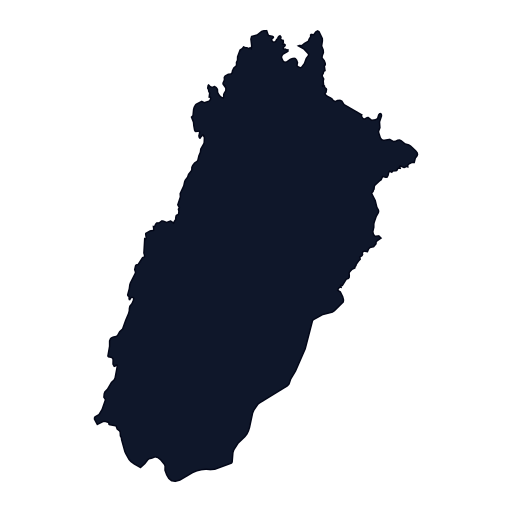 Punjab, Equal Earth projection
{"feature_id": "PAK-1113", "entity_name": "Punjab", "entity_type": "Province", "adm_level": 1, "iso_a3": "PAK", "parent_name": "Pakistan", "parent_adm1": "", "projection": "equal_earth", "projection_center": [72.142, 30.862], "detail": "fine", "context": "isolated", "style": "filled", "palette": "ink", "viewbox_px": 512, "rotation_deg": 0, "n_neighbors": 0, "source": "natural_earth", "source_scale": "10m", "svg_char_len": 5965}
<svg xmlns="http://www.w3.org/2000/svg" viewBox="0 0 512 512"><path d="M410.6,146.1L415.7,150.9L417.2,152.9L417.5,154.5L417.0,155.9L415.3,158.1L414.2,162.5L411.8,162.5L408.9,163.9L407.7,165.2L407.8,166.9L405.9,166.4L404.9,167.3L404.0,167.5L400.7,166.1L399.7,166.3L400.2,168.3L398.3,168.2L397.8,168.5L396.9,170.3L396.2,170.7L392.7,171.0L391.8,172.2L389.5,171.2L388.6,172.8L388.1,175.2L387.1,177.1L386.0,177.3L382.6,176.5L381.1,179.8L379.6,180.8L374.8,185.3L374.3,186.4L374.0,189.2L373.4,190.1L373.0,191.6L372.3,192.1L371.6,193.5L375.2,200.5L376.8,207.2L378.4,210.1L378.6,211.4L378.3,212.7L376.2,216.4L374.1,222.5L373.8,224.1L373.8,227.3L372.8,231.6L373.3,234.0L374.5,235.9L375.4,236.3L378.8,235.9L381.0,238.1L376.8,241.0L376.0,242.3L376.0,243.8L373.6,246.7L370.4,247.4L369.5,247.9L368.6,248.9L367.4,251.7L364.2,251.1L363.0,251.7L362.2,253.0L362.6,254.3L362.0,255.6L359.7,257.2L360.2,259.2L358.6,260.9L356.2,264.3L355.9,265.7L355.1,266.4L354.8,268.0L352.0,269.3L349.6,271.9L349.1,273.2L349.3,275.8L349.1,277.5L348.4,278.4L346.3,279.1L342.3,285.5L340.7,285.3L341.1,287.3L340.1,287.1L339.0,287.8L338.2,288.9L337.7,290.3L340.3,291.9L342.7,296.8L343.5,300.0L343.2,302.0L334.4,310.7L332.3,312.1L322.5,314.6L313.3,319.7L312.5,320.7L305.2,348.8L295.5,371.0L290.7,379.0L289.0,384.0L287.4,385.8L259.4,403.0L257.9,404.2L253.9,410.0L252.6,413.0L249.5,427.5L248.4,430.9L246.9,434.0L244.8,436.7L238.1,443.1L233.8,449.8L232.9,452.6L232.2,461.5L231.9,462.6L231.2,463.2L214.9,469.2L210.4,469.6L206.1,469.2L201.4,469.7L196.8,470.8L192.7,472.5L179.8,480.1L175.3,481.3L171.5,480.7L168.8,478.4L166.7,474.8L165.0,470.2L165.1,466.1L164.6,464.6L160.7,459.8L157.8,457.5L155.1,456.8L151.9,458.1L148.9,458.8L147.9,459.6L144.8,463.6L140.5,467.5L134.3,464.0L131.0,461.6L129.1,459.5L125.8,453.6L124.9,451.6L121.6,439.7L121.4,437.8L120.4,435.9L120.2,432.3L119.7,431.0L117.2,429.0L116.1,425.9L109.4,424.6L109.0,424.3L108.8,422.9L108.4,422.4L105.2,421.4L103.1,421.5L97.3,424.4L94.5,419.2L94.5,417.9L95.0,416.9L99.0,414.6L102.1,409.5L105.4,400.0L105.2,399.1L103.9,397.2L104.2,393.9L104.9,391.9L107.6,389.1L111.5,382.4L114.1,380.0L115.1,378.0L117.1,367.2L117.1,365.3L116.7,364.9L116.2,365.0L114.8,366.3L114.2,366.3L113.0,364.1L113.1,359.9L112.8,358.5L111.6,357.4L108.5,356.8L107.9,356.0L109.6,346.3L109.6,340.9L110.5,338.8L111.3,338.0L113.2,337.1L116.5,336.4L117.7,335.3L119.7,331.7L122.6,329.0L125.7,320.3L128.6,313.5L129.3,310.8L129.4,308.4L129.9,306.2L132.0,303.6L133.4,300.4L133.8,298.2L133.0,297.5L131.4,297.4L130.6,298.1L129.8,299.6L129.4,299.6L129.1,298.9L129.1,296.6L127.9,295.7L127.7,294.8L129.3,288.8L129.8,284.9L130.4,283.0L135.4,273.1L135.5,272.0L134.7,269.6L135.6,265.7L136.3,264.9L138.1,264.6L142.6,257.6L144.2,257.2L144.5,256.8L144.5,255.1L143.9,253.0L144.7,238.9L145.3,239.4L146.2,237.7L145.7,234.1L145.8,233.4L150.2,230.9L153.6,230.4L153.8,229.6L153.4,226.5L154.3,226.6L154.8,226.2L155.6,224.3L156.7,223.0L159.2,222.9L161.9,220.9L163.5,221.2L166.6,222.5L170.6,221.0L173.6,223.1L174.4,221.3L175.8,219.4L175.7,218.1L176.1,215.9L176.5,215.3L178.1,214.6L178.6,213.8L178.9,211.2L178.4,209.2L179.4,207.7L177.8,204.8L180.4,196.9L180.2,193.6L183.8,185.8L184.7,181.6L185.3,180.2L187.6,177.2L188.6,174.3L191.4,170.8L191.8,169.6L191.9,167.3L192.7,165.5L194.6,163.0L197.2,161.3L197.9,160.1L198.9,155.8L200.4,152.3L200.8,149.0L203.9,143.6L204.2,142.4L204.4,137.5L203.8,136.3L203.7,135.5L203.1,135.0L202.4,135.0L201.8,136.1L201.0,136.6L200.3,138.0L199.8,138.1L199.3,137.5L198.9,135.9L199.6,132.9L199.5,131.3L199.1,131.1L195.7,131.5L195.1,131.1L194.6,130.1L193.8,125.6L193.5,122.2L191.5,117.1L193.0,115.7L193.6,109.5L194.2,107.3L195.5,105.0L196.3,104.2L201.7,101.4L204.3,102.7L209.0,101.2L209.7,100.7L210.6,99.0L210.7,98.2L210.3,97.1L209.2,97.1L209.2,96.8L209.7,93.1L208.7,91.1L208.6,89.6L207.8,88.4L207.8,87.5L208.2,85.4L208.6,85.0L210.0,86.5L211.5,87.2L212.4,87.4L214.5,86.5L216.2,87.6L217.4,89.3L217.6,92.4L218.6,94.4L220.5,96.8L223.1,98.1L223.7,97.3L223.7,94.6L224.2,93.3L225.7,90.9L225.9,89.4L225.8,87.9L223.8,85.1L224.2,85.1L223.2,84.3L223.0,83.2L224.4,80.0L224.3,77.4L225.2,76.0L228.2,74.3L231.1,74.0L232.0,72.8L232.5,72.6L232.3,71.2L233.8,68.0L236.0,66.1L236.5,65.4L236.5,62.3L237.5,60.3L237.6,56.7L240.1,50.0L242.3,48.6L243.6,46.9L245.0,47.6L247.0,47.8L248.8,48.6L250.1,47.8L251.3,48.6L251.7,45.9L250.9,39.1L251.6,36.5L257.3,34.9L261.7,31.4L263.6,30.8L266.7,30.7L268.0,34.6L268.8,35.6L272.3,36.3L273.3,36.9L273.4,37.5L271.7,39.2L271.4,40.2L273.0,41.9L273.8,42.3L275.6,41.6L276.7,39.4L277.9,38.8L278.0,37.5L279.1,36.2L280.0,35.8L281.0,37.1L280.5,38.6L280.8,39.2L281.8,40.4L282.9,40.2L283.3,40.8L283.3,42.7L282.5,44.1L283.1,44.5L284.3,44.2L285.2,45.0L284.9,45.9L283.4,47.3L283.3,48.4L283.5,49.2L285.3,49.1L286.5,49.8L288.0,49.9L287.9,51.3L282.9,54.2L281.7,55.9L281.5,57.8L283.0,61.0L284.1,62.0L285.4,62.2L286.6,62.0L290.4,59.3L292.3,58.6L294.2,58.3L295.3,58.6L296.6,60.2L297.5,62.7L296.9,65.5L297.9,66.7L300.4,67.8L301.6,67.3L304.4,63.6L306.3,58.4L308.3,55.8L308.7,54.1L303.8,48.9L298.4,45.9L299.4,45.5L301.9,45.6L304.4,43.5L308.4,41.2L309.1,39.2L310.7,36.7L310.6,35.0L311.2,34.4L313.7,34.8L315.8,31.9L317.6,30.9L319.0,31.7L322.3,38.5L322.4,40.8L321.6,46.0L323.2,50.0L323.4,52.6L322.2,55.8L322.0,57.9L324.2,60.7L325.2,63.3L325.3,64.4L325.1,65.1L324.3,65.9L325.0,70.6L323.7,71.3L323.2,73.4L322.2,75.1L322.3,76.4L323.7,79.0L323.2,81.0L323.6,85.0L322.5,85.6L322.6,86.3L324.4,86.0L324.7,87.5L326.2,88.7L326.5,89.4L326.0,92.3L324.8,93.6L325.8,95.1L327.5,96.4L330.7,98.0L332.3,99.2L332.8,100.2L334.6,101.3L335.5,101.5L337.4,100.5L340.0,100.3L341.8,101.1L344.0,104.6L361.8,114.9L361.2,115.8L362.5,118.1L363.4,118.8L364.5,119.1L367.2,117.6L368.2,117.5L371.6,120.3L375.4,119.8L377.6,118.6L378.7,114.9L379.6,113.8L380.6,113.6L381.3,114.3L381.5,115.9L379.5,121.9L379.9,127.7L378.5,131.4L378.7,132.8L380.3,137.8L381.7,139.7L383.7,140.4L389.7,139.4L393.3,141.5L395.5,141.3L397.8,140.2L399.5,140.0L401.2,140.8L405.0,143.9L408.7,144.9L410.6,146.1Z" fill="#0f172a" stroke="#020617" stroke-width="1.5"/></svg>